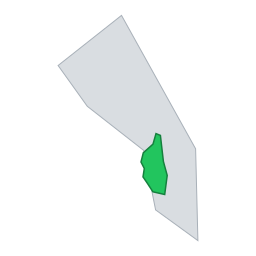 where Anse Boileau sits in Seychelles
{"feature_id": "SYC-5199", "entity_name": "Anse Boileau", "entity_type": "state/province", "adm_level": 1, "iso_a3": "SYC", "parent_name": "Seychelles", "parent_adm1": "", "projection": "robinson", "projection_center": [55.492, -4.708], "detail": "fine", "context": "in_parent", "style": "filled", "palette": "green", "viewbox_px": 256, "rotation_deg": 0, "n_neighbors": 0, "source": "natural_earth", "source_scale": "10m", "svg_char_len": 442}
<svg xmlns="http://www.w3.org/2000/svg" viewBox="0 0 256 256"><path d="M195.6,148.8L197.9,240.6L155.6,209.9L143.8,150.5L87.3,106.3L58.1,65.5L121.5,15.4L195.6,148.8Z" fill="#d9dde1" stroke="#a8b0b8" stroke-width="1"/><path d="M152.9,191.8L147.1,182.9L143.0,176.9L144.3,168.5L141.0,162.0L143.3,152.8L153.0,144.1L156.0,133.6L160.4,135.4L163.4,161.5L167.2,175.4L164.7,194.5L152.9,191.8Z" fill="#22c55e" stroke="#15803d" stroke-width="1.5"/></svg>